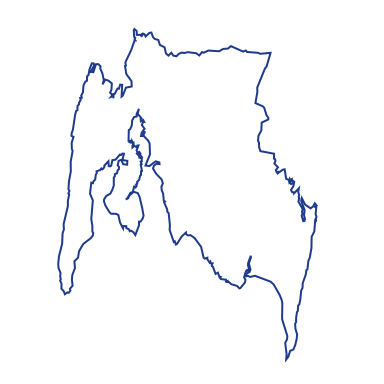 outline of Micheweni, Kaskazini-Pemba, United Republic of Tanzania, rotated 187°
{"feature_id": "72390352B10041948883658", "entity_name": "Micheweni", "entity_type": "district", "adm_level": 2, "iso_a3": "TZA", "parent_name": "United Republic of Tanzania", "parent_adm1": "Kaskazini-Pemba", "projection": "equal_earth", "projection_center": [39.804, -4.957], "detail": "fine", "context": "isolated", "style": "outline", "palette": "blue", "viewbox_px": 384, "rotation_deg": 187, "n_neighbors": 0, "source": "geoboundaries", "source_scale": "gbopen_adm2", "svg_char_len": 6032}
<svg xmlns="http://www.w3.org/2000/svg" viewBox="0 0 384 384"><g transform="rotate(187 192 192)"><path d="M262.7,341.7L265.9,341.2L266.6,345.1L269.0,346.7L269.5,345.2L268.3,339.0L267.1,338.0L267.6,336.8L266.6,335.5L267.5,335.4L269.6,325.6L273.5,314.0L273.9,312.2L273.0,309.4L273.9,308.9L271.5,301.0L265.6,294.7L264.7,289.4L270.3,287.5L272.5,279.1L273.5,278.1L274.4,289.9L276.4,289.7L277.1,285.6L278.6,285.6L280.6,280.1L281.8,279.8L281.4,275.4L281.6,277.7L284.0,276.5L282.8,278.5L285.4,280.6L284.4,283.7L284.8,290.0L288.3,292.3L291.9,293.0L293.8,287.9L293.2,292.3L295.4,298.8L298.1,303.4L298.1,305.6L300.7,307.5L302.9,307.1L304.7,298.0L304.9,299.5L307.2,298.7L304.7,305.4L305.2,307.6L307.1,307.5L308.7,301.1L309.0,295.4L310.2,294.2L309.8,289.6L311.3,288.6L312.7,284.7L312.4,277.8L313.7,274.0L312.9,272.2L314.5,271.7L313.7,269.9L315.1,266.6L314.8,265.3L316.1,263.4L315.7,259.3L316.9,258.2L317.4,254.6L317.8,239.2L318.6,235.8L318.5,233.0L316.4,232.3L317.4,226.0L316.5,220.1L315.5,218.2L316.1,207.2L314.8,197.6L315.4,187.9L315.0,179.8L313.8,178.1L314.5,175.4L313.6,174.8L314.1,168.2L313.5,162.8L315.5,144.5L314.6,139.2L315.4,135.4L314.6,124.7L316.2,111.9L316.0,104.5L315.3,100.4L312.6,95.6L312.6,92.4L311.6,89.2L312.1,88.0L310.4,85.2L309.8,80.1L307.2,77.9L305.7,75.0L303.4,77.2L302.1,76.9L300.7,79.3L301.4,81.0L299.1,84.4L300.5,90.3L300.7,94.9L298.9,102.3L300.3,108.9L297.1,112.9L296.9,119.5L293.6,127.2L286.9,133.7L285.1,136.8L285.0,139.3L286.1,140.6L286.8,146.4L288.7,152.9L289.4,171.6L293.0,177.8L293.1,189.0L291.4,188.7L291.2,190.5L289.6,192.5L289.6,197.3L288.8,199.4L289.3,200.9L286.0,202.5L284.9,204.3L283.9,203.5L283.0,204.3L281.9,206.5L282.2,207.6L278.7,212.3L277.8,207.5L276.3,207.5L275.4,208.3L274.9,213.9L271.8,214.8L268.1,220.4L267.1,220.0L265.6,221.7L264.2,221.7L264.9,216.2L263.5,215.1L260.0,215.1L259.7,211.2L263.7,211.2L266.1,215.3L268.6,214.0L269.0,209.4L267.5,208.0L267.4,205.6L268.4,204.6L268.8,201.4L270.7,200.4L270.5,198.2L271.4,196.8L270.4,188.8L271.4,184.3L272.9,180.3L276.6,177.6L278.3,174.1L278.3,172.2L276.3,168.0L271.4,161.8L269.7,160.6L264.7,161.1L262.3,160.2L259.7,152.9L256.0,147.5L256.0,149.8L253.1,150.1L252.7,148.1L250.2,147.4L249.0,145.5L247.9,146.2L245.2,144.9L243.0,142.4L240.5,152.5L241.0,156.1L239.4,156.4L237.7,159.7L237.2,162.6L239.5,170.1L243.4,180.7L245.7,184.3L249.8,185.1L253.7,180.9L254.6,178.0L256.8,176.5L255.2,178.3L253.1,183.6L250.8,184.8L250.1,190.2L248.6,189.6L247.7,191.2L247.8,192.5L248.4,192.5L247.3,194.4L247.7,195.3L246.0,197.6L245.5,201.7L244.7,202.7L245.1,206.4L244.2,206.8L246.3,213.0L245.4,213.4L246.6,215.9L245.6,216.2L246.0,219.2L247.4,219.5L246.0,220.5L247.9,222.6L248.9,221.0L249.2,221.9L247.9,223.9L249.3,225.4L250.4,224.6L250.4,222.6L251.5,223.5L250.8,224.6L252.1,226.6L250.8,231.7L252.0,231.4L252.2,229.5L254.9,230.8L256.5,229.0L256.7,230.8L255.6,231.6L256.1,233.8L256.8,233.1L257.8,235.1L258.3,232.9L258.6,234.9L259.1,233.6L260.2,233.9L259.9,235.1L261.2,235.0L262.3,245.8L261.1,246.7L259.9,250.3L260.1,255.8L258.6,259.3L256.1,260.3L256.5,262.4L254.8,268.1L255.5,263.0L251.2,259.1L251.9,258.4L251.4,256.0L249.3,257.6L247.9,255.6L249.3,255.0L250.0,252.4L246.8,249.0L248.4,246.1L246.3,245.7L246.3,244.9L247.5,243.8L249.2,244.1L249.4,241.4L247.8,241.6L248.5,243.7L246.9,242.9L246.6,241.6L241.9,237.8L240.0,235.0L238.3,224.3L241.4,212.6L237.4,212.6L231.8,218.0L228.0,217.4L227.6,215.7L230.8,215.7L233.0,213.4L233.6,210.6L230.0,205.9L223.7,200.8L222.0,197.1L223.0,193.5L222.2,189.8L220.5,187.0L219.0,180.2L217.6,179.2L218.5,178.5L214.6,171.9L214.1,169.4L212.6,168.2L209.9,156.5L209.6,151.7L204.0,140.2L203.1,141.0L201.6,137.9L200.7,138.4L196.8,146.6L193.1,151.0L192.8,149.5L190.7,148.4L188.2,149.0L183.8,146.6L176.3,138.7L172.5,128.3L171.3,127.4L168.8,128.6L168.7,127.3L165.9,124.0L165.3,125.0L164.9,123.7L162.9,123.7L163.6,122.2L163.2,120.9L162.3,120.6L158.6,113.6L156.4,115.1L154.8,111.7L153.2,111.2L154.1,110.4L152.7,109.1L147.6,109.1L147.4,107.4L145.9,108.0L146.0,107.0L144.4,107.1L141.8,105.3L135.9,104.3L133.3,102.1L132.3,102.5L128.5,108.5L128.2,111.2L129.9,113.7L128.8,120.0L127.6,121.5L126.7,121.3L126.8,119.6L125.6,121.7L127.5,126.1L127.6,128.6L125.9,135.8L125.5,134.3L126.9,128.1L124.5,122.1L125.2,119.6L128.5,117.2L128.8,115.9L127.8,114.9L126.8,115.7L124.0,114.8L119.2,116.5L103.1,112.6L99.6,110.1L92.5,100.6L89.7,95.5L88.8,92.7L87.1,76.9L79.8,60.6L79.7,57.4L81.1,53.6L78.3,42.4L78.1,37.3L76.3,40.3L75.2,46.3L72.2,48.0L70.9,52.5L70.2,59.0L70.3,63.4L72.7,69.0L73.6,73.8L72.8,75.7L73.3,79.7L73.2,85.6L72.5,86.7L72.8,92.3L71.8,93.5L71.4,98.0L71.6,107.5L70.6,110.3L71.0,114.9L69.0,124.1L69.0,128.3L68.0,129.4L68.1,137.8L67.1,141.3L66.6,151.0L67.8,162.1L65.8,167.7L66.2,177.5L65.4,178.2L65.6,179.6L66.3,179.5L65.4,182.4L66.6,185.1L66.8,191.7L68.1,192.2L66.6,193.6L68.7,195.8L69.9,192.7L72.3,190.2L78.2,193.3L82.3,199.4L82.6,196.7L78.0,187.7L78.0,182.6L76.6,179.2L77.2,179.0L76.8,177.0L78.0,176.6L80.3,182.0L79.7,183.7L80.4,186.1L80.0,188.4L85.2,195.5L84.9,199.1L85.6,200.3L85.2,202.2L86.6,204.8L86.4,208.7L90.5,203.2L90.6,204.1L92.5,204.0L94.0,206.1L92.1,210.0L91.8,214.6L92.6,215.1L92.7,213.3L94.5,211.9L96.0,212.8L95.5,214.5L94.1,215.1L94.5,217.0L96.2,215.8L96.6,216.6L97.0,214.6L97.4,215.8L100.2,216.6L102.8,225.8L104.5,225.3L108.9,221.2L109.1,222.4L110.3,221.8L111.4,223.9L109.7,227.0L113.7,230.3L113.0,233.1L113.5,234.7L114.7,235.1L115.2,240.0L129.1,240.9L130.8,244.5L131.6,249.4L132.7,250.8L132.9,255.8L130.7,261.6L131.3,269.4L125.1,273.3L125.3,275.0L127.4,277.3L130.6,284.4L132.2,285.7L139.9,288.0L139.3,299.3L140.0,303.5L134.6,323.6L133.3,325.5L131.0,339.7L141.2,337.5L143.5,338.2L154.4,337.7L155.8,339.0L158.4,337.6L171.1,341.5L173.9,338.7L178.5,337.8L182.2,335.0L193.0,334.4L197.3,331.7L199.1,332.1L201.4,328.4L204.7,330.2L213.3,330.3L216.4,329.0L219.2,329.1L222.1,327.4L224.0,324.8L227.2,325.1L229.5,327.7L232.0,324.5L234.7,326.3L236.9,332.3L241.7,334.0L244.0,338.8L247.6,339.4L249.6,341.0L251.7,345.3L253.7,344.7L257.0,340.7L258.1,342.6L260.1,343.3L261.1,342.4L260.4,341.5L261.0,340.6L262.7,341.7Z" fill="none" stroke="#1e3a8a" stroke-width="2"/></g></svg>